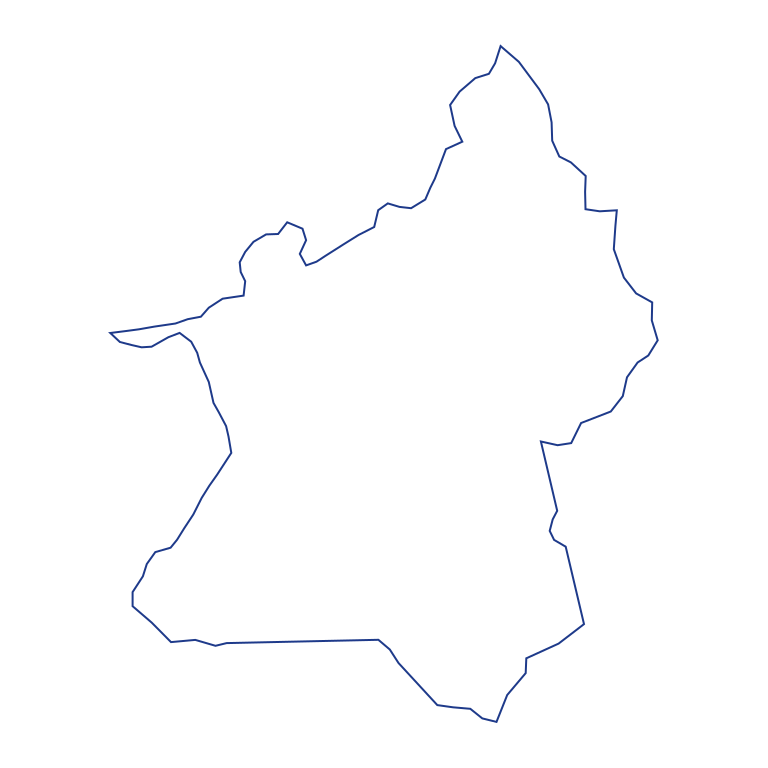 the district of Ouro Verde de Goiás, Goiás, Brazil
{"feature_id": "56859067B9347116890532", "entity_name": "Ouro Verde de Goiás", "entity_type": "district", "adm_level": 2, "iso_a3": "BRA", "parent_name": "Brazil", "parent_adm1": "Goiás", "projection": "albers", "projection_center": [-49.231, -16.245], "detail": "fine", "context": "isolated", "style": "outline", "palette": "blue", "viewbox_px": 768, "rotation_deg": 0, "n_neighbors": 0, "source": "geoboundaries", "source_scale": "gbopen_adm2", "svg_char_len": 1584}
<svg xmlns="http://www.w3.org/2000/svg" viewBox="0 0 768 768"><path d="M584.0,624.1L565.7,546.7L554.1,539.9L549.7,530.9L552.7,519.4L557.2,510.8L540.9,441.5L557.6,445.2L571.2,443.1L581.1,423.0L610.8,411.5L622.8,396.1L627.0,377.3L637.6,362.5L648.3,355.5L657.7,340.3L651.8,320.4L652.2,302.4L636.1,293.4L623.9,277.6L613.8,249.2L615.4,226.0L616.8,210.3L599.7,211.3L585.5,209.2L585.1,191.8L585.7,176.0L570.9,162.4L559.3,156.5L552.2,140.7L551.6,122.4L548.1,104.4L539.2,89.2L518.9,61.9L500.6,46.1L495.1,63.3L488.9,73.8L475.3,78.1L459.6,91.6L450.1,105.0L454.6,125.9L462.3,141.7L446.0,149.1L434.9,178.6L430.4,187.6L425.3,199.5L411.1,208.2L399.5,206.9L387.8,203.4L378.2,210.2L374.2,227.0L358.5,235.0L343.3,244.5L325.2,256.0L316.5,261.7L306.1,265.4L299.8,253.9L306.1,240.2L302.5,228.7L287.2,222.3L278.1,234.0L266.1,234.4L253.5,241.8L245.2,251.9L239.7,262.3L240.7,272.0L245.2,281.2L243.6,295.6L222.6,298.7L208.8,307.7L200.9,316.7L187.7,319.2L175.5,323.5L154.4,326.6L139.0,329.3L127.0,330.9L110.3,333.0L119.9,342.0L131.9,345.1L141.6,347.3L151.6,346.7L168.4,337.2L179.6,332.9L191.2,341.7L197.2,352.8L199.9,362.5L208.8,382.0L213.5,402.9L218.6,411.9L226.1,426.1L228.5,436.5L231.3,452.9L217.1,474.7L209.4,485.6L201.7,497.9L193.3,514.5L184.2,528.3L177.1,539.7L170.6,547.7L155.3,552.1L146.8,564.0L142.9,576.3L132.6,592.1L132.6,606.2L151.7,622.6L171.0,642.1L195.3,639.9L215.5,645.8L226.6,643.1L378.4,639.8L389.8,649.5L398.5,663.0L437.3,705.1L453.0,707.3L470.3,708.8L482.3,718.4L496.5,721.9L507.2,695.0L525.7,673.1L526.3,658.3L558.6,643.6L584.0,624.1Z" fill="none" stroke="#1e3a8a" stroke-width="2"/></svg>